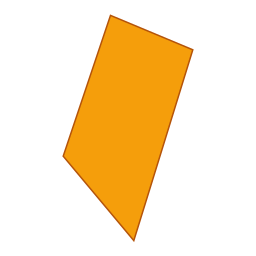 Morne Bonin, Soufrière, Saint Lucia (Albers equal-area conic projection)
{"feature_id": "8701671B99330114936147", "entity_name": "Morne Bonin", "entity_type": "district", "adm_level": 2, "iso_a3": "LCA", "parent_name": "Saint Lucia", "parent_adm1": "Soufrière", "projection": "albers", "projection_center": [-61.033, 13.832], "detail": "fine", "context": "isolated", "style": "filled", "palette": "amber", "viewbox_px": 256, "rotation_deg": 0, "n_neighbors": 0, "source": "geoboundaries", "source_scale": "gbopen_adm2", "svg_char_len": 201}
<svg xmlns="http://www.w3.org/2000/svg" viewBox="0 0 256 256"><path d="M161.7,150.5L192.8,49.8L110.5,15.4L63.2,156.2L133.8,240.6L161.7,150.5Z" fill="#f59e0b" stroke="#b45309" stroke-width="1.5"/></svg>